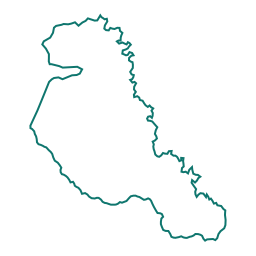 Santo Augusto, Rio Grande do Sul, Brazil (Equal Earth projection)
{"feature_id": "56859067B5859001654584", "entity_name": "Santo Augusto", "entity_type": "district", "adm_level": 2, "iso_a3": "BRA", "parent_name": "Brazil", "parent_adm1": "Rio Grande do Sul", "projection": "equal_earth", "projection_center": [-53.726, -27.897], "detail": "fine", "context": "isolated", "style": "outline", "palette": "teal", "viewbox_px": 256, "rotation_deg": 0, "n_neighbors": 0, "source": "geoboundaries", "source_scale": "gbopen_adm2", "svg_char_len": 3604}
<svg xmlns="http://www.w3.org/2000/svg" viewBox="0 0 256 256"><path d="M75.0,22.3L71.3,23.6L68.2,24.3L63.6,24.0L61.5,24.8L56.1,25.9L54.0,27.7L53.0,32.8L50.2,37.6L43.8,41.3L42.3,44.4L45.9,48.6L48.9,54.1L48.9,57.9L48.8,61.4L49.7,64.2L51.5,64.2L59.2,66.1L62.7,67.6L77.3,66.8L82.1,69.3L79.8,73.6L76.7,75.0L72.0,75.3L62.5,79.2L58.5,77.4L54.0,78.0L51.8,79.3L49.1,81.9L43.8,95.0L40.9,102.1L37.4,110.6L30.4,125.7L30.5,128.2L32.1,129.0L34.2,131.3L34.8,133.9L36.1,136.4L36.7,139.0L37.0,142.3L38.5,144.2L40.8,144.9L42.8,145.8L44.4,146.8L46.3,147.4L48.7,150.1L50.8,152.0L52.2,153.9L53.3,157.5L54.8,160.7L57.8,162.7L59.8,165.3L61.3,167.7L60.5,169.9L60.7,172.3L61.9,174.2L63.6,174.6L65.8,175.9L67.5,177.4L69.2,179.8L70.5,182.4L73.0,181.8L74.2,183.6L74.8,185.7L76.3,186.8L78.4,187.8L80.5,190.2L82.0,193.8L85.1,193.1L87.4,194.5L89.1,196.6L91.6,198.2L94.7,198.5L96.9,197.8L98.7,197.9L101.0,199.6L102.6,201.8L104.7,202.9L106.7,203.2L108.6,203.9L111.0,204.7L113.3,204.7L115.8,204.6L117.8,203.8L119.9,202.1L122.0,202.7L124.1,201.9L126.5,201.0L127.9,199.4L129.3,197.8L130.8,196.3L133.3,195.7L135.7,195.7L137.4,196.5L139.4,197.0L141.8,198.5L143.9,199.8L145.7,199.5L148.1,198.4L149.8,199.2L151.1,200.8L152.4,203.8L153.8,206.7L156.0,210.6L157.5,213.0L160.3,213.3L161.9,214.1L163.1,216.8L161.4,218.5L160.9,221.7L160.9,224.2L161.9,226.9L163.2,229.9L165.5,230.9L168.4,231.0L170.3,234.1L171.4,236.8L173.5,237.6L175.4,237.8L178.9,237.1L181.2,236.3L183.4,237.4L185.2,237.8L186.9,237.9L189.7,236.8L191.6,236.4L193.6,235.5L195.4,234.0L198.2,234.1L200.5,234.8L202.1,235.8L203.4,238.7L205.1,240.6L207.1,239.4L209.9,239.2L213.0,239.0L215.3,240.1L217.2,238.2L218.5,234.0L220.5,231.2L224.2,228.3L225.4,225.1L225.6,220.0L225.0,215.0L225.1,212.7L225.3,210.4L223.4,209.0L221.2,206.0L217.4,205.3L216.2,202.9L213.9,203.6L212.4,200.7L210.9,198.6L209.3,199.5L208.3,196.8L206.8,194.5L206.0,197.1L203.4,193.6L200.4,193.2L198.4,194.7L196.7,196.9L195.5,194.4L195.2,191.9L196.1,189.1L193.7,185.8L191.6,182.7L192.1,180.1L195.0,182.5L196.9,180.6L198.4,178.0L200.3,176.7L197.9,174.9L195.8,174.8L193.3,173.7L192.3,169.8L192.0,167.1L189.3,169.8L188.0,173.4L185.7,171.7L183.4,172.2L181.5,171.7L182.0,168.0L183.7,166.5L183.5,163.9L183.1,161.1L183.5,158.1L181.2,157.9L181.2,160.4L179.4,161.1L178.2,158.7L177.1,156.9L175.5,155.7L173.5,155.7L171.1,153.9L171.6,151.0L168.9,151.2L167.4,153.8L164.8,153.6L163.0,153.0L161.2,155.4L159.2,156.8L157.3,156.3L155.3,154.5L154.5,151.3L153.7,149.1L153.3,146.5L153.8,144.3L152.7,141.6L154.8,140.6L156.9,138.5L156.3,136.3L154.9,133.9L155.8,130.2L157.3,127.2L156.0,125.8L154.0,123.5L152.3,121.5L150.2,120.8L148.0,120.6L147.1,118.6L148.1,116.7L150.2,116.2L151.9,117.8L152.6,115.8L152.8,113.0L151.5,110.7L153.2,108.4L151.1,107.2L149.6,105.5L147.8,106.9L145.6,105.3L144.2,103.4L142.6,100.7L139.9,100.0L139.2,97.6L137.3,96.2L134.2,97.1L133.9,94.7L135.8,91.9L134.0,89.4L134.2,86.7L136.1,83.3L134.5,81.9L132.4,82.6L130.2,79.9L132.1,79.2L133.2,77.4L133.8,75.1L131.6,74.4L130.2,71.9L131.5,69.9L132.8,68.0L132.9,64.8L132.5,62.2L130.8,61.6L129.0,60.4L129.1,57.9L131.4,55.7L133.5,55.3L132.1,53.0L129.5,52.1L127.7,54.9L126.0,55.3L124.1,54.4L122.3,53.7L122.8,50.4L125.7,49.5L127.8,48.4L129.0,46.5L130.8,44.7L129.5,43.1L127.9,42.2L126.6,44.4L124.6,43.6L122.5,42.5L119.1,43.6L116.9,41.4L118.5,40.5L120.6,40.6L120.7,37.7L121.3,35.4L122.4,32.9L120.0,30.9L119.5,27.9L117.3,27.8L114.5,29.0L112.3,28.6L110.3,27.9L108.7,30.4L106.0,30.1L104.3,28.6L104.9,25.4L107.3,21.4L106.8,18.8L104.6,19.3L103.0,18.1L101.4,17.1L100.3,15.4L97.3,20.4L94.7,20.6L87.9,18.4L85.6,20.9L82.4,22.5L78.5,25.7L75.0,22.3Z" fill="none" stroke="#0f766e" stroke-width="2"/></svg>